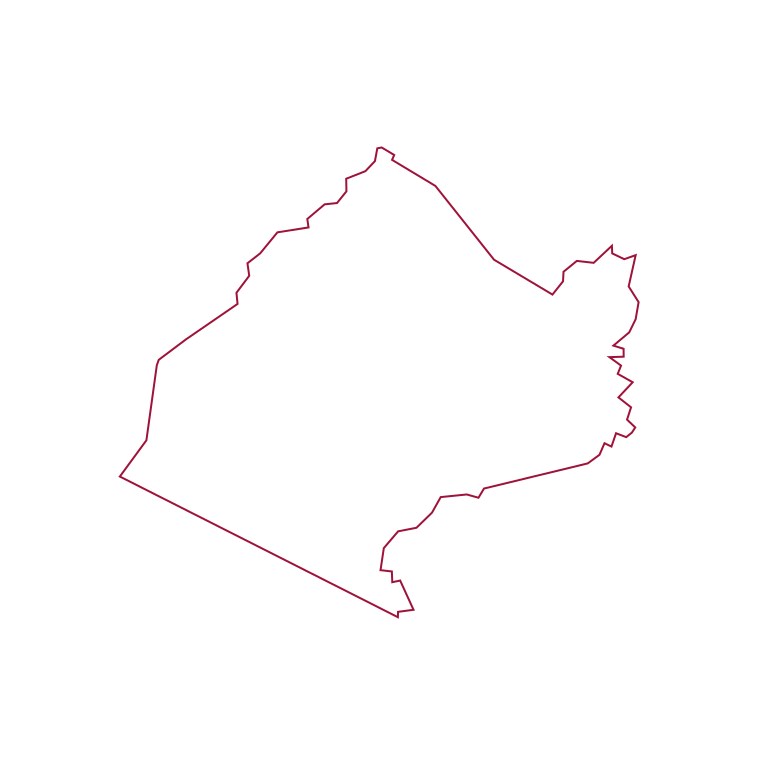 Victoria, Texas, United States of America, rotated 251°
{"feature_id": "52423323B26003221317012", "entity_name": "Victoria", "entity_type": "district", "adm_level": 2, "iso_a3": "USA", "parent_name": "United States of America", "parent_adm1": "Texas", "projection": "equal_earth", "projection_center": [-96.974, 28.795], "detail": "fine", "context": "isolated", "style": "outline", "palette": "rose", "viewbox_px": 768, "rotation_deg": 251, "n_neighbors": 0, "source": "geoboundaries", "source_scale": "gbopen_adm2", "svg_char_len": 1030}
<svg xmlns="http://www.w3.org/2000/svg" viewBox="0 0 768 768"><g transform="rotate(251 384 384)"><path d="M382.5,104.1L159.0,321.2L164.0,323.1L160.9,338.4L192.9,335.3L193.9,327.3L204.2,330.4L209.1,320.1L228.9,330.4L240.1,349.4L237.5,367.9L246.8,387.6L258.6,400.8L252.6,426.3L245.7,436.3L252.6,444.5L242.6,550.8L246.9,564.7L256.2,573.2L250.8,578.7L261.9,587.4L254.9,595.7L257.3,602.5L261.1,607.4L271.2,602.2L281.5,610.0L295.0,601.3L304.7,619.7L317.5,608.3L324.2,614.1L336.0,605.9L331.8,619.5L339.3,622.0L345.6,613.4L353.0,632.7L363.3,643.0L378.5,651.4L396.6,647.1L423.9,663.9L423.8,651.8L433.2,642.3L440.5,644.5L430.3,621.7L437.6,606.4L431.7,590.3L422.8,586.7L413.7,572.4L465.7,528.5L554.5,497.1L593.3,464.6L597.2,468.2L608.4,458.8L609.0,454.4L597.7,448.0L591.3,435.7L590.4,415.1L578.4,411.2L570.4,398.5L573.2,386.3L565.0,365.2L556.6,363.6L562.1,332.6L547.8,309.4L542.6,294.2L530.2,291.8L518.3,274.2L507.4,271.6L490.7,211.4L480.2,178.9L475.7,175.3L408.1,141.0L382.5,104.1Z" fill="none" stroke="#9f1239" stroke-width="2"/></g></svg>